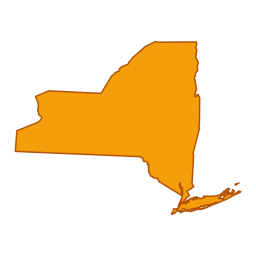 SVG path tracing the border of New York
{"feature_id": "USA-3559", "entity_name": "New York", "entity_type": "State", "adm_level": 1, "iso_a3": "USA", "parent_name": "United States of America", "parent_adm1": "", "projection": "albers", "projection_center": [-74.009, 42.755], "detail": "fine", "context": "isolated", "style": "filled", "palette": "amber", "viewbox_px": 256, "rotation_deg": 0, "n_neighbors": 0, "source": "natural_earth", "source_scale": "10m", "svg_char_len": 6020}
<svg xmlns="http://www.w3.org/2000/svg" viewBox="0 0 256 256"><path d="M16.8,130.8L38.3,122.1L39.9,120.7L41.3,118.9L41.6,117.4L41.5,116.7L40.9,116.2L39.6,115.5L39.0,114.9L38.4,114.0L38.7,112.3L37.9,111.1L37.7,110.4L37.7,109.9L38.1,108.9L38.3,108.0L38.3,104.5L38.2,103.9L37.5,101.3L35.5,96.5L47.5,91.4L49.3,90.9L100.3,93.4L101.5,92.7L111.5,76.2L114.4,73.8L115.1,72.6L119.0,71.0L119.5,70.4L119.3,69.0L120.1,68.1L122.4,66.5L127.8,64.3L128.2,63.8L128.9,62.2L131.1,59.8L132.6,57.7L144.5,47.2L148.3,44.9L150.2,44.3L151.4,43.4L153.5,42.6L154.9,41.7L160.1,42.2L196.4,42.0L196.8,44.4L196.6,45.2L196.0,46.5L195.7,47.6L195.9,48.4L196.8,49.6L196.9,50.2L196.4,52.7L196.3,54.0L195.8,55.7L195.8,56.7L196.1,58.4L198.0,61.8L198.2,63.0L198.0,64.5L197.1,66.5L197.1,67.0L197.6,69.1L197.4,71.1L197.2,71.4L196.1,72.3L195.9,72.7L195.6,74.2L194.7,77.3L194.3,78.1L194.4,78.7L195.1,79.8L195.1,81.8L195.4,83.4L196.0,85.1L195.8,87.0L196.4,88.1L196.5,88.8L196.3,90.0L194.9,93.8L194.8,95.4L195.0,96.3L195.3,96.8L196.2,96.3L196.6,95.0L196.8,94.7L197.4,94.5L198.0,94.6L198.5,95.1L198.9,96.5L199.7,97.5L199.4,123.8L199.1,125.8L198.9,126.3L199.2,128.3L199.5,128.3L192.9,153.9L193.6,154.8L192.0,183.8L193.7,186.8L186.9,191.2L188.4,193.7L188.8,194.1L189.2,195.1L189.1,195.4L188.9,195.8L188.2,196.8L187.3,196.9L185.7,198.6L185.3,199.2L185.2,199.9L185.0,200.0L184.3,200.1L184.1,201.3L184.8,202.3L182.8,202.3L182.0,202.6L181.0,202.6L180.9,202.1L180.9,201.8L181.5,200.2L181.4,199.7L181.2,199.5L181.8,197.8L182.5,194.6L182.6,190.7L182.5,189.3L182.2,188.0L181.9,187.4L180.6,186.1L180.1,185.3L180.5,184.0L180.4,183.2L179.6,184.0L179.3,184.8L180.0,187.3L180.3,187.9L180.8,188.3L181.3,188.9L181.2,191.2L181.6,194.5L181.6,195.5L158.8,181.4L158.7,180.7L157.6,178.6L157.4,178.4L156.5,178.6L155.6,177.9L154.2,178.0L153.5,177.9L152.5,176.7L151.2,176.4L150.7,175.9L148.9,172.2L148.6,171.8L148.5,171.4L148.7,168.7L148.3,167.2L148.4,166.8L148.8,166.5L148.9,166.2L148.8,165.3L148.5,165.0L147.4,164.5L148.0,163.6L148.2,163.3L147.5,163.0L147.1,162.3L146.4,162.0L145.8,161.4L145.4,161.3L143.8,161.5L143.4,161.1L143.0,158.6L140.8,157.2L140.9,156.7L15.4,151.4L16.8,130.8ZM238.9,191.9L238.5,191.4L239.3,191.1L240.6,191.6L239.9,192.6L238.6,193.0L234.1,195.1L225.0,200.0L223.4,200.4L223.8,199.8L223.8,199.3L223.4,199.1L222.4,199.2L222.2,199.5L222.5,200.6L222.2,200.9L221.1,201.6L215.8,203.6L215.4,203.5L218.0,202.6L216.5,202.5L215.7,202.2L214.6,203.2L213.6,203.2L212.8,202.9L213.2,203.2L213.1,203.7L212.1,204.5L211.4,204.6L211.1,203.9L210.0,204.2L209.4,204.8L207.5,204.5L207.2,204.6L206.9,205.2L205.0,205.7L204.1,205.3L203.8,205.5L203.7,206.3L203.3,206.5L201.7,206.3L201.1,205.9L199.9,207.0L198.7,207.2L197.1,208.0L191.6,208.9L189.0,210.4L188.6,210.3L188.9,210.1L188.9,209.7L188.5,209.4L187.7,209.6L187.3,210.0L187.3,210.6L191.2,210.7L191.0,211.0L187.4,211.1L185.6,210.8L184.3,211.0L180.7,212.6L180.7,212.1L185.0,210.4L185.6,209.7L184.8,209.0L183.8,208.6L182.7,208.9L182.1,209.5L182.0,209.9L182.5,211.1L182.0,211.3L181.9,211.1L181.0,211.0L180.6,211.4L179.2,211.6L178.8,211.6L178.6,211.2L178.9,211.1L179.0,210.8L178.8,210.5L178.0,210.2L177.7,209.7L177.9,208.9L178.5,208.0L178.5,207.5L179.0,206.8L179.8,206.3L180.1,205.7L180.2,205.0L180.9,203.8L181.5,203.2L182.2,203.5L182.7,203.5L182.9,203.7L184.0,202.9L185.3,203.1L185.9,203.9L186.1,203.1L185.7,202.4L186.0,201.5L186.4,201.5L187.2,202.6L187.5,202.4L187.7,201.9L187.6,201.5L186.6,201.1L186.7,200.7L187.0,200.2L187.4,200.2L188.3,200.6L188.9,201.8L189.1,201.6L188.9,200.2L189.5,199.0L191.5,198.4L192.8,198.2L193.0,198.7L192.9,198.9L192.5,199.2L192.2,199.1L191.9,199.3L192.3,199.7L193.0,199.8L193.1,199.2L193.5,199.2L193.6,199.6L193.9,199.8L194.1,199.6L194.1,199.3L194.3,199.2L194.2,198.9L193.5,197.9L193.8,197.2L194.4,197.5L195.3,197.6L195.1,198.3L195.7,198.9L196.6,198.7L197.4,198.9L197.5,198.3L197.4,197.9L196.2,197.9L195.9,197.4L196.2,196.8L196.8,197.1L197.0,197.5L199.3,197.9L201.0,198.6L202.6,198.1L203.2,197.7L203.5,197.1L203.4,196.4L204.5,196.0L204.9,196.2L204.8,197.0L205.1,197.0L205.4,196.8L205.5,196.6L205.3,196.2L205.6,196.1L206.4,196.4L207.5,196.2L210.6,196.3L212.7,196.1L214.1,196.2L216.5,195.6L218.5,195.4L219.1,195.2L223.0,192.6L223.7,191.4L224.6,191.3L226.6,189.3L228.5,188.4L229.3,188.7L229.5,189.0L229.4,189.4L229.0,189.8L228.2,190.3L227.7,189.6L226.6,190.3L224.7,192.2L224.6,192.6L225.5,193.0L225.3,193.5L224.7,193.4L224.0,193.7L224.1,195.0L224.0,195.3L223.5,194.6L223.1,194.6L223.0,195.1L221.6,195.3L220.9,196.0L221.0,196.4L219.9,197.4L218.9,197.6L218.6,198.3L219.3,198.3L219.8,198.6L220.4,198.1L222.2,198.7L222.8,198.6L223.5,198.2L223.9,196.9L224.9,196.6L226.0,194.9L227.2,194.7L227.3,194.4L227.0,193.5L227.3,193.3L227.7,193.3L228.0,194.4L228.8,194.5L229.0,194.0L229.4,193.9L229.8,192.9L230.4,193.1L231.2,194.2L231.4,192.8L231.7,192.4L232.1,192.5L233.2,194.3L233.5,194.5L235.1,193.8L236.8,192.5L237.3,192.8L237.7,192.7L237.7,191.8L238.1,191.6L238.9,192.2L238.9,191.9ZM175.2,209.1L176.7,208.6L176.8,209.0L176.7,209.1L176.8,209.5L177.3,210.3L175.9,212.2L175.0,213.0L174.6,212.9L173.3,213.8L171.8,214.3L171.6,214.2L171.9,213.6L171.9,212.7L172.9,211.9L173.0,211.6L173.3,209.3L173.9,208.8L175.2,209.1ZM209.4,205.8L214.2,203.8L214.9,203.7L214.9,204.0L213.5,204.4L206.7,207.5L203.6,208.6L200.8,209.4L199.3,209.5L199.1,209.2L200.5,209.2L206.7,207.1L209.4,205.8ZM180.8,202.9L179.7,205.1L179.6,206.1L178.4,206.6L178.8,204.5L181.0,199.8L181.3,199.9L181.3,200.4L180.7,201.7L180.6,202.3L180.8,202.9ZM200.5,208.8L198.6,209.0L191.3,211.3L191.5,210.8L198.1,208.6L200.7,208.5L200.5,208.8ZM226.7,191.2L226.7,190.7L227.1,190.6L227.2,191.0L227.7,191.4L228.4,191.6L228.4,192.0L228.5,192.4L228.4,192.8L228.6,193.4L227.4,192.8L226.2,192.9L225.8,192.6L225.8,192.1L226.1,191.6L226.7,191.2ZM236.4,184.8L235.7,184.8L235.3,184.9L235.3,184.5L235.6,184.3L235.7,183.9L236.0,183.9L236.3,184.3L236.5,183.6L238.6,183.3L238.4,183.6L237.2,184.0L236.4,184.8ZM232.7,189.9L233.4,190.4L234.2,190.7L234.1,191.0L234.2,191.6L233.6,192.4L233.6,191.4L233.4,191.1L232.4,190.8L232.8,190.4L232.7,189.9Z" fill="#f59e0b" stroke="#b45309" stroke-width="1.5"/></svg>